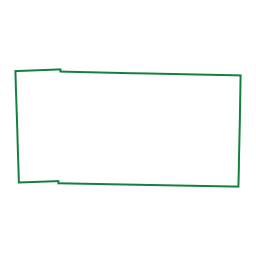 outline of Utracán, La Pampa, Argentina
{"feature_id": "61730980B38803740288067", "entity_name": "Utracán", "entity_type": "district", "adm_level": 2, "iso_a3": "ARG", "parent_name": "Argentina", "parent_adm1": "La Pampa", "projection": "albers", "projection_center": [-65.237, -37.33], "detail": "fine", "context": "isolated", "style": "outline", "palette": "green", "viewbox_px": 256, "rotation_deg": 0, "n_neighbors": 0, "source": "geoboundaries", "source_scale": "gbopen_adm2", "svg_char_len": 460}
<svg xmlns="http://www.w3.org/2000/svg" viewBox="0 0 256 256"><path d="M18.9,182.5L19.0,182.5L21.5,182.4L58.4,181.1L58.4,182.0L58.4,183.3L60.4,183.3L193.2,185.8L195.0,185.8L196.9,185.9L197.9,185.9L238.4,186.6L238.6,178.7L238.9,165.4L238.9,161.3L239.9,118.8L239.9,117.1L240.6,75.4L143.2,73.4L129.8,73.2L61.8,71.6L60.4,71.5L60.4,69.7L60.4,69.4L18.1,71.0L15.4,71.1L15.9,88.2L17.2,126.8L17.7,144.8L18.9,182.5Z" fill="none" stroke="#15803d" stroke-width="2"/></svg>